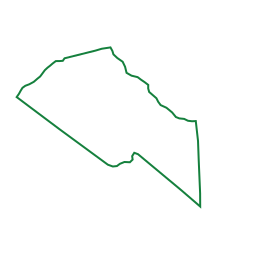 São Luís do Curu, Ceará, Brazil (Equal Earth projection), rotated 311°
{"feature_id": "56859067B5197375737563", "entity_name": "São Luís do Curu", "entity_type": "district", "adm_level": 2, "iso_a3": "BRA", "parent_name": "Brazil", "parent_adm1": "Ceará", "projection": "equal_earth", "projection_center": [-39.255, -3.658], "detail": "fine", "context": "isolated", "style": "outline", "palette": "green", "viewbox_px": 256, "rotation_deg": 311, "n_neighbors": 0, "source": "geoboundaries", "source_scale": "gbopen_adm2", "svg_char_len": 882}
<svg xmlns="http://www.w3.org/2000/svg" viewBox="0 0 256 256"><g transform="rotate(311 128 128)"><path d="M177.7,174.6L175.1,171.9L172.8,168.5L171.7,164.4L168.9,160.4L167.7,156.9L168.7,151.1L168.5,143.7L166.7,137.6L167.6,133.6L169.1,129.9L169.1,124.9L169.1,120.3L171.1,117.3L173.8,115.0L173.5,110.3L173.0,106.3L172.7,101.9L169.8,96.3L168.7,90.7L172.3,85.6L174.5,80.5L173.8,74.0L174.0,68.7L175.9,65.7L177.3,61.9L170.6,56.2L165.1,52.7L139.0,34.4L135.9,34.7L133.4,32.2L131.1,29.6L127.2,28.8L123.8,28.3L120.8,27.7L117.1,27.3L112.2,27.7L109.2,27.9L105.9,27.3L101.0,26.6L96.2,24.8L92.5,22.8L89.1,22.0L85.9,22.5L82.2,23.3L78.3,23.7L82.1,76.5L87.1,136.9L89.0,141.8L92.0,144.6L95.7,145.4L100.0,147.6L103.4,151.9L107.2,152.2L109.5,149.6L113.4,149.0L114.8,152.7L116.0,209.6L116.1,234.0L126.0,225.3L150.3,202.3L164.1,189.4L177.7,174.6Z" fill="none" stroke="#15803d" stroke-width="2"/></g></svg>